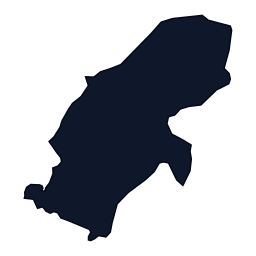 outline of Nyong-et-Mfoumou, Centre, Cameroon
{"feature_id": "32672807B17257894448554", "entity_name": "Nyong-et-Mfoumou", "entity_type": "district", "adm_level": 2, "iso_a3": "CMR", "parent_name": "Cameroon", "parent_adm1": "Centre", "projection": "orthographic", "projection_center": [12.233, 3.83], "detail": "fine", "context": "isolated", "style": "filled", "palette": "ink", "viewbox_px": 256, "rotation_deg": 0, "n_neighbors": 0, "source": "geoboundaries", "source_scale": "gbopen_adm2", "svg_char_len": 1209}
<svg xmlns="http://www.w3.org/2000/svg" viewBox="0 0 256 256"><path d="M85.6,76.8L88.4,85.7L81.0,96.7L72.6,103.3L71.4,105.1L68.9,108.7L62.8,119.5L62.3,120.2L60.0,127.4L54.0,136.9L49.1,141.5L53.4,147.6L56.8,152.6L60.9,157.7L61.5,161.9L58.0,166.0L52.8,168.0L53.1,173.5L50.7,179.8L49.7,182.7L45.9,187.6L44.8,191.0L42.7,191.1L41.9,189.9L42.9,188.2L42.2,186.1L39.7,184.9L34.2,184.7L30.8,184.5L26.7,187.3L24.7,192.4L25.0,195.5L24.4,198.2L33.4,199.2L37.6,208.3L42.6,206.8L46.1,211.2L50.2,213.2L53.7,211.6L57.6,212.7L60.9,217.9L67.0,220.1L89.2,229.3L90.9,232.1L88.5,236.7L88.5,240.0L90.7,240.6L94.6,238.7L98.6,235.6L106.0,236.9L110.3,232.1L111.9,223.4L117.1,204.0L127.8,192.8L145.2,179.8L154.1,171.7L159.3,162.9L160.6,162.6L163.5,161.9L168.5,162.9L174.0,174.3L176.8,180.0L182.9,185.4L190.0,170.8L191.3,159.0L190.0,151.2L191.1,145.0L182.2,139.6L171.7,134.1L166.9,123.7L168.4,116.8L174.8,114.9L180.2,109.0L188.9,106.4L200.9,104.9L216.6,89.8L228.8,83.7L230.3,79.1L229.1,73.5L224.0,68.4L229.0,50.3L231.6,30.2L230.3,26.1L208.4,20.3L202.2,15.4L172.5,18.6L161.4,22.1L160.5,23.0L151.4,33.3L146.1,38.7L120.8,64.6L110.0,68.8L101.4,71.6L100.5,71.9L93.9,77.1L85.6,76.8Z" fill="#0f172a" stroke="#020617" stroke-width="1.5"/></svg>